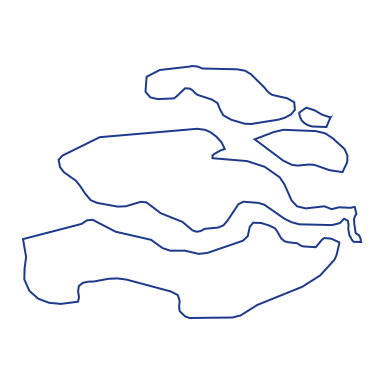 SVG path tracing the border of Zeeland
{"feature_id": "NLD-903", "entity_name": "Zeeland", "entity_type": "Province", "adm_level": 1, "iso_a3": "NLD", "parent_name": "Netherlands", "parent_adm1": "", "projection": "natural_earth1", "projection_center": [3.94, 51.477], "detail": "fine", "context": "isolated", "style": "outline", "palette": "blue", "viewbox_px": 384, "rotation_deg": 0, "n_neighbors": 0, "source": "natural_earth", "source_scale": "10m", "svg_char_len": 2595}
<svg xmlns="http://www.w3.org/2000/svg" viewBox="0 0 384 384"><path d="M60.8,303.9L49.2,302.8L40.8,299.7L38.2,298.7L29.4,290.9L24.3,279.3L24.6,268.5L26.1,256.9L23.0,239.1L81.6,223.9L87.0,220.3L92.7,219.8L115.6,231.7L151.0,239.8L162.6,248.1L170.3,250.7L185.0,250.7L198.8,253.9L207.5,252.9L243.0,240.7L247.8,236.1L249.8,226.8L253.2,222.7L261.1,223.0L269.5,225.6L274.8,228.2L277.1,231.2L281.2,238.4L284.4,241.2L288.5,242.3L297.3,243.3L300.9,245.7L303.2,246.4L315.8,247.2L322.0,239.7L324.3,238.0L331.4,238.7L339.3,242.4L339.1,244.3L336.5,255.2L334.4,259.8L320.2,275.4L302.2,286.8L257.2,305.0L240.7,315.4L232.5,317.5L189.6,318.0L185.1,316.4L179.7,311.2L179.1,306.4L179.7,301.2L177.8,295.1L170.9,291.5L126.6,279.6L117.3,278.4L108.4,278.8L93.9,281.5L88.1,281.7L82.8,282.8L78.8,286.1L78.1,291.4L79.0,297.3L78.0,301.7L60.8,303.9ZM361.0,242.0L353.7,241.8L352.2,240.3L349.3,234.9L348.3,229.2L348.5,224.4L347.8,220.8L344.1,218.7L339.9,223.1L331.9,225.1L299.3,224.3L291.8,222.3L284.4,218.7L264.5,204.8L258.5,202.9L243.4,201.7L238.4,204.2L227.6,220.5L223.5,225.3L217.9,227.6L204.9,228.8L200.2,231.2L196.3,231.7L192.4,230.3L182.5,221.9L160.7,213.2L146.5,202.4L140.8,201.8L125.8,206.3L117.6,206.6L97.1,202.9L90.6,200.1L85.1,193.5L80.2,186.1L75.9,180.7L64.0,172.3L60.1,167.3L58.6,159.8L62.4,155.6L99.7,137.2L197.0,128.8L205.0,129.8L210.5,132.2L216.3,136.6L221.5,142.3L224.8,149.0L221.0,150.2L214.9,153.6L212.5,155.4L212.5,158.2L247.1,161.1L264.7,166.8L279.7,177.3L284.5,184.5L291.6,200.5L297.0,206.3L305.7,208.4L324.5,206.3L331.7,209.2L338.8,207.3L350.6,207.8L354.6,206.9L354.8,207.1L356.4,213.9L355.1,215.8L354.7,217.4L354.0,218.8L354.3,224.1L355.7,233.1L359.1,235.4L360.5,238.3L360.9,241.8L361.0,242.0ZM272.2,94.9L287.3,98.3L294.2,102.2L294.9,109.7L291.2,114.3L285.2,117.6L278.8,119.6L251.0,124.0L244.6,123.7L231.1,119.7L223.3,115.3L219.8,109.0L217.5,103.1L211.8,99.5L197.6,94.9L195.2,93.1L192.9,90.6L189.9,88.6L185.1,88.3L176.1,96.8L174.0,98.4L157.8,99.1L150.4,97.4L145.5,91.8L146.6,76.8L159.7,70.0L190.2,66.5L191.7,66.0L197.6,66.5L202.4,68.5L237.1,69.3L245.1,70.7L251.0,74.3L264.5,87.6L266.3,90.0L268.6,92.5L272.2,94.9ZM342.5,172.1L329.5,170.2L314.5,164.9L309.0,164.5L297.5,165.6L292.1,164.9L283.3,160.7L254.7,139.3L273.9,132.0L283.5,129.8L315.9,131.1L325.4,133.4L333.9,139.1L334.1,139.6L343.7,148.2L344.8,149.6L347.4,155.5L347.3,161.0L346.9,162.9L342.5,172.1ZM326.4,127.0L312.1,126.5L308.2,125.3L304.6,123.3L301.7,120.5L299.9,116.5L299.1,113.0L299.2,112.9L300.2,111.9L306.3,107.7L314.4,110.2L322.1,114.7L330.3,117.3L330.6,117.2L330.4,117.5L326.4,127.0Z" fill="none" stroke="#1e3a8a" stroke-width="2"/></svg>